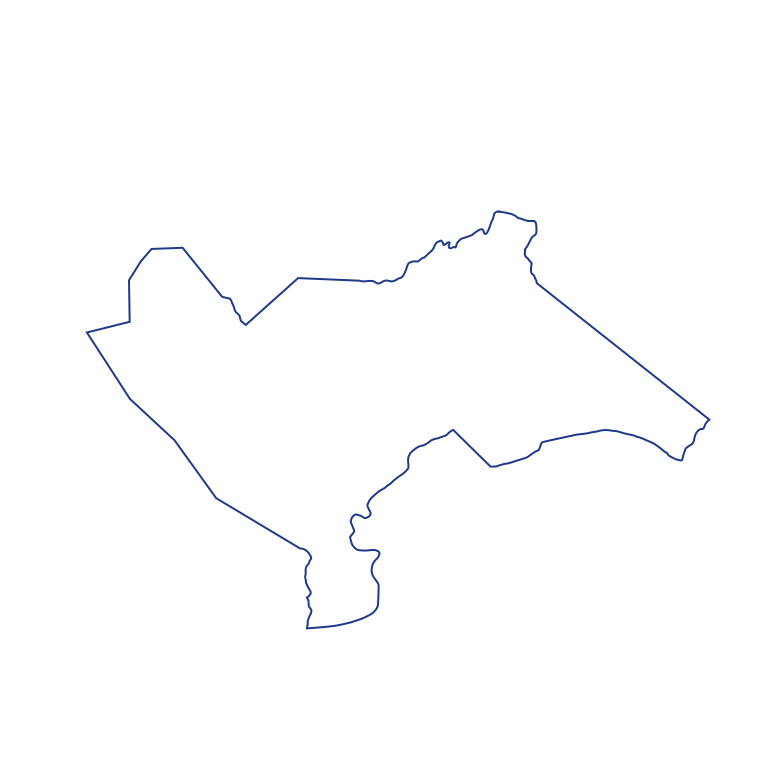 outline of Ojos de Agua, Comayagua, Honduras, rotated 228°
{"feature_id": "27666195B51970998087864", "entity_name": "Ojos de Agua", "entity_type": "district", "adm_level": 2, "iso_a3": "HND", "parent_name": "Honduras", "parent_adm1": "Comayagua", "projection": "natural_earth1", "projection_center": [-87.676, 14.8], "detail": "fine", "context": "isolated", "style": "outline", "palette": "blue", "viewbox_px": 768, "rotation_deg": 228, "n_neighbors": 0, "source": "geoboundaries", "source_scale": "gbopen_adm2", "svg_char_len": 6166}
<svg xmlns="http://www.w3.org/2000/svg" viewBox="0 0 768 768"><g transform="rotate(228 384 384)"><path d="M621.1,197.7L542.9,185.2L482.3,190.7L411.4,182.9L318.2,211.5L316.1,213.2L314.9,213.9L313.9,214.3L311.3,214.9L309.7,215.0L308.3,214.9L305.5,214.4L304.2,214.0L303.3,213.3L302.8,212.4L302.6,211.5L302.4,210.7L300.8,207.7L300.5,205.1L300.2,203.9L299.5,202.8L298.4,201.4L296.3,199.7L294.8,198.2L294.2,197.2L293.4,196.3L292.6,195.7L290.3,194.6L289.2,193.6L288.2,192.9L287.0,192.6L284.9,191.9L281.4,191.1L280.4,191.0L279.4,190.8L278.1,190.0L277.2,189.1L276.9,187.5L276.7,186.4L276.7,185.8L277.0,184.3L276.5,183.6L275.2,183.5L273.5,182.9L271.2,181.0L269.4,179.6L268.3,179.2L267.2,179.2L264.8,178.8L263.8,178.1L262.5,176.3L262.0,175.2L261.8,174.5L261.3,173.2L259.4,169.6L258.7,168.6L257.5,167.5L256.7,166.7L254.0,163.2L248.4,170.4L241.4,179.7L237.5,185.2L235.2,188.8L232.7,193.1L230.6,197.0L228.7,200.6L226.4,205.9L224.6,210.1L223.5,213.3L222.2,217.8L221.6,220.7L221.4,223.4L221.5,225.5L222.0,227.9L222.4,229.1L223.1,230.5L223.7,231.5L224.5,232.4L232.5,240.2L238.1,245.4L239.1,245.9L241.1,246.4L247.0,247.0L249.2,247.5L250.5,248.0L252.0,248.7L253.1,249.5L254.3,250.6L255.3,251.6L256.3,253.0L257.1,254.2L257.7,255.3L258.3,257.1L258.8,259.0L258.9,260.1L259.0,262.5L259.4,264.4L259.9,265.6L260.4,266.4L261.0,267.2L261.7,267.7L262.8,267.9L264.0,267.6L265.5,266.9L267.0,265.9L268.5,264.2L269.6,262.9L270.9,260.8L273.7,257.6L276.0,255.3L278.0,253.7L278.8,253.2L280.4,252.8L281.9,252.6L283.7,252.6L285.3,252.7L286.9,253.2L290.1,254.7L292.9,256.3L293.1,256.7L294.1,262.6L294.4,263.2L295.3,263.8L296.1,264.2L303.3,266.8L304.1,267.3L305.0,268.5L305.9,270.2L306.4,272.0L306.5,272.9L306.5,273.9L306.4,274.6L306.1,275.2L305.6,275.9L304.7,276.7L302.1,278.3L301.3,278.7L298.5,279.4L297.1,280.0L296.4,281.2L295.9,282.6L295.7,283.6L295.7,284.9L295.8,285.7L296.2,286.5L296.7,287.3L297.4,287.9L298.7,288.4L300.3,288.7L303.7,289.8L304.5,290.2L305.1,290.7L305.5,291.2L306.3,293.0L307.1,295.0L307.5,296.8L307.7,298.0L307.8,300.3L307.8,304.4L307.7,307.2L307.4,309.6L306.3,314.9L306.2,316.3L306.1,318.6L305.7,321.7L305.6,323.4L305.8,326.1L305.7,328.2L305.4,332.1L304.5,339.0L304.7,342.8L305.1,345.4L305.5,346.2L307.2,347.7L310.2,350.0L311.9,351.5L312.6,352.3L313.3,353.3L314.0,354.6L314.5,355.8L314.9,356.8L315.1,358.0L315.2,359.2L315.1,360.6L314.9,364.2L314.6,366.3L314.2,367.7L314.0,368.6L313.0,370.7L311.9,372.4L311.6,373.3L310.8,377.6L310.6,380.9L310.1,382.8L309.4,384.5L308.0,387.0L307.2,388.8L305.3,393.2L304.4,395.7L304.2,397.0L304.4,399.4L304.3,401.3L304.1,402.7L303.6,404.7L251.4,407.9L249.9,409.5L247.8,412.1L247.3,412.8L246.5,415.0L244.7,418.7L243.9,420.2L242.0,423.1L240.4,426.3L236.8,434.5L234.8,438.7L233.8,441.3L233.6,442.7L233.3,445.4L232.6,450.9L231.8,453.1L231.5,454.9L231.7,455.6L232.2,456.7L233.0,458.3L234.2,460.1L234.5,460.9L234.8,462.1L234.7,462.6L234.5,463.2L233.0,466.1L230.4,470.7L217.7,492.9L216.9,494.1L213.9,498.3L211.3,502.1L208.9,506.4L206.3,510.3L204.9,513.1L203.7,515.0L202.4,516.8L200.8,518.6L198.8,520.5L196.7,522.2L194.6,524.1L192.8,525.7L186.1,529.8L179.2,534.8L177.6,535.7L176.0,536.4L173.7,537.9L171.4,539.2L161.5,543.7L159.1,544.7L158.0,545.0L152.2,546.3L146.0,547.2L144.9,547.5L143.3,548.2L142.2,547.9L141.2,547.8L140.3,547.8L139.4,548.0L135.8,549.3L133.0,550.4L129.5,552.7L128.8,553.3L128.3,553.8L128.1,554.4L128.4,555.3L131.3,559.6L134.1,564.8L134.2,565.2L134.2,566.4L133.3,573.0L133.4,574.0L133.8,575.1L134.6,576.6L136.2,578.6L137.7,581.0L138.4,582.5L138.9,584.2L139.2,586.3L139.0,588.0L138.3,589.7L137.4,590.6L137.3,591.1L137.2,591.6L137.5,592.5L139.1,596.0L139.6,597.5L139.8,598.9L139.7,600.7L139.9,601.9L356.8,565.0L357.9,565.8L358.5,566.2L360.1,566.7L361.5,567.0L362.8,567.6L363.8,567.9L365.0,568.1L366.3,567.8L367.0,567.7L368.0,567.9L368.6,568.1L369.8,568.9L372.3,571.3L372.7,571.9L373.7,572.9L374.4,574.1L375.0,574.5L376.1,574.7L377.4,574.5L380.9,574.9L382.6,574.6L384.0,574.6L384.8,574.7L385.5,575.0L386.9,576.1L388.8,578.0L389.6,578.9L389.9,579.5L390.4,582.1L391.0,584.1L393.4,590.3L393.9,591.8L394.0,593.1L393.8,594.9L393.7,596.2L393.8,597.0L394.1,597.7L394.6,598.5L395.7,599.7L398.7,602.3L401.0,604.0L401.7,604.4L402.5,604.7L403.6,604.8L404.5,604.7L406.1,603.1L408.4,600.5L409.2,599.8L410.6,598.9L415.9,596.0L417.0,595.1L418.4,594.6L420.3,594.3L421.5,594.0L423.2,593.3L424.9,592.5L429.6,589.3L433.2,586.5L434.7,585.2L434.6,584.9L434.8,584.6L435.1,584.5L435.5,584.7L435.8,584.6L436.0,584.4L436.3,583.6L436.8,581.9L436.9,580.9L436.8,580.0L433.9,575.5L432.8,572.8L431.4,570.1L430.1,567.8L428.9,565.5L428.2,564.0L427.6,562.2L427.3,561.1L427.3,560.4L427.5,560.0L427.8,559.6L428.1,559.4L428.5,559.4L429.5,559.6L431.9,560.6L432.8,560.6L433.4,560.3L433.9,559.9L434.3,559.4L434.6,558.5L435.0,557.0L435.3,554.8L435.7,552.1L435.8,549.5L436.1,548.3L436.6,546.9L437.5,544.7L439.8,539.6L440.2,538.6L440.3,537.9L440.3,535.3L439.6,531.9L438.9,531.0L438.1,529.7L437.7,528.8L437.8,528.4L438.0,528.2L438.7,528.0L439.0,527.8L439.3,527.1L439.7,525.7L440.1,524.8L440.7,524.0L441.3,523.6L442.1,523.8L443.1,524.3L443.6,524.9L444.1,526.1L444.7,526.9L445.3,527.3L445.8,527.2L446.1,526.8L446.4,526.3L446.9,522.1L447.1,521.6L447.4,521.4L447.9,521.4L448.9,522.0L449.6,522.1L451.0,522.4L452.1,522.4L452.4,522.2L452.7,522.0L453.4,519.5L453.9,517.7L453.8,517.0L453.2,515.1L451.5,510.7L451.2,509.2L451.1,508.1L451.2,506.3L451.0,499.0L451.0,498.6L451.6,497.6L451.9,496.4L452.2,494.0L452.2,492.3L452.4,491.5L453.1,490.4L455.7,487.6L457.0,484.4L457.2,483.5L457.1,482.5L456.8,481.5L453.7,476.0L451.9,471.6L451.6,470.3L451.5,468.9L451.7,467.6L451.9,466.9L452.7,465.4L453.2,462.6L453.9,460.2L454.6,459.1L455.6,457.9L457.3,456.6L458.6,455.8L459.6,454.6L460.3,453.5L460.8,452.3L461.2,450.9L461.4,449.3L461.7,448.3L462.1,447.6L462.5,447.0L463.1,446.5L463.8,446.1L465.8,445.5L467.3,445.0L468.1,444.5L468.8,443.9L470.7,441.7L474.1,437.2L475.5,436.0L477.1,435.0L520.2,391.0L520.4,320.8L526.6,319.9L529.0,321.0L530.6,321.9L531.9,322.4L533.1,322.4L536.6,322.0L538.4,322.4L542.1,324.2L544.6,324.9L547.1,325.9L550.4,326.7L551.9,325.7L556.3,322.5L558.0,322.1L620.0,325.5L639.9,301.6L637.9,285.6L631.7,263.9L600.4,236.6L621.1,197.7Z" fill="none" stroke="#1e3a8a" stroke-width="2"/></g></svg>